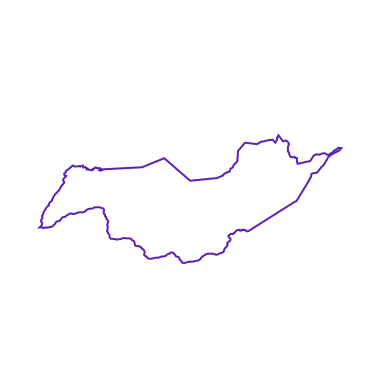 Mul/Baiyer District, Western Highlands, Papua New Guinea (Equal Earth projection), rotated 249°
{"feature_id": "67681753B50383451708393", "entity_name": "Mul/Baiyer District", "entity_type": "district", "adm_level": 2, "iso_a3": "PNG", "parent_name": "Papua New Guinea", "parent_adm1": "Western Highlands", "projection": "equal_earth", "projection_center": [144.148, -5.548], "detail": "fine", "context": "isolated", "style": "outline", "palette": "violet", "viewbox_px": 384, "rotation_deg": 249, "n_neighbors": 0, "source": "geoboundaries", "source_scale": "gbopen_adm2", "svg_char_len": 5877}
<svg xmlns="http://www.w3.org/2000/svg" viewBox="0 0 384 384"><g transform="rotate(249 192 192)"><path d="M233.5,178.2L233.0,154.2L245.0,117.3L244.6,116.3L244.8,114.0L245.4,113.4L245.7,114.8L246.2,114.4L246.4,115.2L247.4,114.4L248.0,112.6L248.8,111.1L249.5,111.0L249.0,107.7L248.4,108.0L248.1,107.0L248.7,105.0L249.8,103.7L250.8,103.2L250.6,102.1L252.2,102.3L252.4,101.4L253.6,101.2L254.0,99.1L255.7,99.5L256.1,97.9L255.8,96.7L256.7,95.9L257.6,92.0L259.5,90.0L258.1,86.7L257.3,83.8L256.8,81.7L255.6,81.3L254.7,79.0L253.2,79.1L252.0,80.3L250.5,76.9L249.0,75.8L247.0,76.3L246.1,75.5L244.7,72.7L243.2,70.7L241.1,68.4L240.6,66.7L239.7,65.7L239.2,63.9L237.4,61.2L236.3,60.2L234.9,58.5L233.9,58.0L233.5,56.0L231.9,53.8L230.7,53.6L230.3,51.8L229.4,50.1L228.7,49.4L226.2,46.0L225.4,45.7L224.8,45.3L223.5,43.5L223.2,43.3L222.4,43.3L221.8,43.4L221.4,43.1L220.7,42.3L220.4,41.7L220.0,41.2L219.4,41.0L218.8,40.5L218.3,40.5L217.4,41.0L216.8,41.0L216.0,40.7L215.0,39.9L214.4,39.2L214.1,38.4L213.9,38.0L213.9,37.8L213.5,36.9L213.3,37.5L213.3,38.1L213.2,38.5L212.8,39.2L212.2,39.7L211.7,40.4L211.3,41.5L211.3,42.3L211.3,43.0L211.1,43.4L210.7,44.1L210.4,44.6L210.3,45.2L210.3,46.7L209.9,48.1L209.9,48.6L209.9,49.2L211.1,52.3L211.5,52.8L212.5,54.0L212.7,54.5L212.9,55.2L212.9,56.2L212.7,56.6L212.4,57.1L212.4,57.5L212.4,58.0L212.8,58.6L213.1,58.8L213.5,59.3L213.8,60.3L214.5,61.2L214.7,61.7L214.7,62.8L214.4,64.0L214.4,65.1L215.0,66.5L215.2,67.4L215.2,68.2L215.6,69.5L215.6,70.0L215.5,70.7L215.2,71.5L214.4,72.6L213.9,73.7L213.6,75.8L213.6,78.5L213.3,80.2L213.0,80.8L212.5,81.7L212.2,82.8L212.1,83.7L212.1,84.8L212.4,86.0L212.8,86.7L212.8,86.9L212.9,87.1L213.2,88.2L213.2,89.2L213.0,91.0L212.8,91.2L212.8,91.4L212.4,92.4L212.3,92.7L212.3,94.0L212.5,94.7L212.5,95.6L212.4,96.2L212.0,97.4L211.0,99.9L210.7,100.4L209.7,101.7L209.2,102.2L208.7,102.9L208.2,103.4L206.4,103.4L204.9,102.3L203.5,102.1L202.8,102.1L202.3,102.7L201.9,102.7L201.0,102.2L200.6,102.2L199.7,102.8L199.3,102.8L198.9,102.6L198.1,102.6L196.9,102.9L196.1,103.0L195.5,103.3L194.7,103.4L194.2,103.2L193.8,102.6L192.1,101.3L191.6,101.1L190.2,101.1L189.8,101.0L189.2,100.7L188.8,100.2L188.1,99.9L187.7,99.9L187.3,99.8L187.0,99.6L186.3,98.9L185.8,98.6L185.4,98.6L185.0,99.0L184.6,99.1L183.7,98.9L183.0,98.9L182.6,99.1L181.8,99.5L181.0,99.5L180.8,99.3L180.0,99.1L178.3,99.0L177.6,99.4L177.0,100.2L177.0,100.4L176.6,101.5L176.0,102.3L175.7,103.1L175.1,103.9L174.4,104.9L174.4,105.3L174.4,105.9L174.1,106.6L173.7,108.3L173.6,109.7L173.6,110.4L173.6,110.5L173.7,111.1L173.4,112.0L172.9,112.8L171.6,115.7L171.6,115.9L171.1,116.9L171.0,117.2L170.5,117.9L169.9,118.5L168.8,118.6L168.5,118.7L167.5,119.9L166.8,120.2L165.9,120.3L164.7,120.0L163.9,120.0L162.9,119.7L162.5,119.7L162.0,120.1L161.6,120.7L160.7,122.5L159.6,124.0L158.5,124.7L158.1,124.8L157.5,124.8L157.0,125.0L156.0,125.8L155.2,126.1L154.3,126.4L153.0,126.3L151.1,125.1L150.3,124.8L149.8,124.9L148.3,126.2L147.7,126.5L146.8,126.6L146.3,126.8L146.0,127.1L145.9,127.2L145.6,127.4L145.0,128.2L144.4,130.0L144.1,131.7L144.0,132.0L143.6,134.8L142.9,136.5L142.7,137.3L142.7,138.8L142.7,139.0L142.8,140.0L142.6,140.6L142.2,141.7L141.9,143.2L141.9,144.7L142.4,145.8L142.6,146.9L142.6,148.2L142.7,149.2L142.9,149.7L142.9,150.4L143.0,150.9L142.6,152.0L142.0,152.7L141.7,152.9L141.2,153.1L140.3,153.2L139.3,153.7L138.9,153.8L137.8,153.8L137.4,154.3L136.6,155.5L135.7,156.3L135.2,156.5L134.5,156.5L134.0,156.3L133.2,156.3L132.4,157.0L131.5,157.4L131.0,157.4L130.4,157.2L129.9,157.2L129.7,157.4L128.9,158.5L128.8,158.9L128.4,159.4L128.2,162.7L127.8,164.6L127.6,165.3L126.8,167.3L126.5,168.8L126.4,170.6L125.9,172.8L125.9,174.0L126.1,174.9L126.6,176.0L127.3,177.0L127.7,177.7L128.0,178.8L128.8,182.4L128.9,183.5L128.8,184.2L128.6,185.0L127.9,186.6L127.5,188.2L127.2,188.8L126.1,190.5L125.6,191.0L124.9,191.9L124.5,192.8L124.6,194.3L124.6,195.1L124.6,196.4L124.7,196.5L124.7,197.9L124.5,198.4L124.5,198.9L125.1,200.2L125.2,200.3L125.3,200.5L125.6,200.8L126.4,201.2L127.0,201.8L127.7,202.6L127.9,203.4L128.6,204.7L128.9,205.3L129.3,205.5L129.9,206.2L130.4,206.6L130.8,206.7L131.5,206.5L132.2,207.3L132.6,208.9L132.6,209.3L133.0,210.3L133.3,210.6L133.7,210.9L134.5,211.1L134.8,211.1L135.7,210.5L136.8,210.1L137.8,210.2L138.5,211.0L138.7,211.7L138.8,212.2L138.8,213.8L138.6,214.4L138.3,214.7L138.1,215.1L138.1,215.7L138.4,216.2L138.5,216.2L138.7,216.5L138.8,216.9L138.9,217.1L138.9,217.5L139.1,218.0L139.4,218.4L140.2,220.0L140.0,221.5L139.8,221.9L139.9,222.3L139.7,222.5L139.6,222.8L139.3,222.9L138.8,222.9L138.6,223.1L138.7,224.5L138.4,224.7L138.2,225.0L138.7,225.7L138.7,225.9L138.6,226.2L137.9,226.6L137.7,226.9L137.6,227.2L137.6,228.0L137.4,228.3L136.2,228.6L135.7,229.1L135.4,229.7L135.3,230.7L146.0,284.2L146.1,286.3L160.5,305.0L162.8,307.4L163.5,308.5L166.1,310.1L166.0,311.9L165.8,313.5L165.3,315.0L166.1,317.3L167.0,318.3L167.7,320.0L168.6,321.1L169.4,322.9L169.7,324.2L173.4,329.0L175.8,331.7L177.1,335.8L178.0,344.8L179.4,347.1L180.9,344.2L180.0,342.7L179.9,340.1L178.7,337.7L178.3,335.2L177.7,332.8L178.6,331.3L180.3,330.2L181.1,328.6L181.3,326.1L181.3,323.8L182.0,323.0L182.7,320.6L182.3,318.6L181.6,317.4L180.6,316.4L178.6,313.4L178.7,312.5L180.5,300.7L182.2,301.0L182.6,300.7L183.9,301.4L186.1,302.0L186.9,300.6L188.1,300.3L188.2,299.0L188.6,297.6L190.1,296.4L192.5,296.4L193.7,296.6L195.4,296.1L196.0,296.6L197.4,296.7L198.6,297.1L200.5,298.3L201.7,299.6L203.1,299.8L205.3,299.0L206.5,297.8L206.7,295.1L214.0,293.0L212.9,291.9L212.2,290.7L210.7,290.6L208.2,287.5L211.9,286.1L213.3,280.2L213.4,277.8L214.2,274.6L213.3,270.0L219.0,259.2L213.8,249.6L207.8,247.0L206.9,246.3L204.5,245.5L204.2,244.4L203.3,243.2L202.9,241.7L202.4,241.2L201.9,240.2L200.5,239.2L200.1,237.8L200.0,236.3L198.5,235.3L197.5,234.1L197.9,232.8L197.6,232.4L197.9,231.5L197.5,230.6L197.6,229.2L197.0,227.4L196.3,227.1L196.1,220.1L203.2,194.3L233.5,178.2Z" fill="none" stroke="#5b21b6" stroke-width="2"/></g></svg>